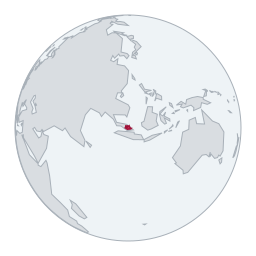 globe centered on Pahang, rotated 326°
{"feature_id": "MYS-1147", "entity_name": "Pahang", "entity_type": "State", "adm_level": 1, "iso_a3": "MYS", "parent_name": "Malaysia", "parent_adm1": "", "projection": "orthographic", "projection_center": [102.483, 3.614], "detail": "medium", "context": "on_globe", "style": "filled", "palette": "rose", "viewbox_px": 256, "rotation_deg": 326, "n_neighbors": 0, "source": "natural_earth", "source_scale": "10m", "svg_char_len": 8732}
<svg xmlns="http://www.w3.org/2000/svg" viewBox="0 0 256 256"><g transform="rotate(326 128 128)"><circle cx="128" cy="128" r="113" fill="#eef3f6" stroke="#a8b0b8"/><path d="M233.7,160.6L233.5,161.4L233.4,161.5L233.7,160.6ZM192.2,35.5L193.5,36.4L191.3,34.8L192.2,35.5ZM186.2,31.6L186.3,31.6L184.1,30.3L183.4,30.0L180.7,28.6L177.4,26.8L175.6,25.9L176.5,26.4L174.4,25.6L173.4,24.9L169.5,23.5L163.4,21.1L171.3,24.0L178.9,27.5L186.2,31.6ZM183.8,30.2L184.7,30.8L184.0,30.4L183.8,30.2ZM179.1,28.0L177.6,27.4L178.6,27.6L179.1,28.0ZM176.4,26.8L172.7,25.8L174.5,26.8L167.5,23.6L172.9,25.4L173.8,25.4L174.6,26.0L176.4,26.8ZM164.2,22.2L162.8,21.8L163.6,21.9L164.2,22.2ZM38.5,59.6L37.9,60.4L34.4,65.3L31.4,72.0L34.5,68.0L35.3,72.0L38.0,72.4L45.2,63.2L40.8,62.4L43.5,57.8L49.9,54.6L54.3,56.0L55.5,54.4L55.7,50.2L59.7,47.6L56.1,48.6L55.3,50.4L53.0,51.3L53.6,49.8L55.0,48.8L54.5,47.9L48.0,53.3L46.5,55.7L43.4,56.3L40.6,60.5L38.7,62.3L42.7,56.0L44.6,53.8L49.4,47.6L47.1,49.8L42.4,56.1L42.5,55.5L39.4,59.2L41.9,55.9L47.6,49.1L54.2,42.9L61.2,37.3L67.0,33.3L67.9,32.8L64.2,35.2L61.8,36.9L63.0,37.1L64.5,36.3L68.1,33.9L68.0,34.5L71.3,32.1L74.1,31.6L73.6,30.5L77.8,28.2L81.8,26.7L83.1,25.9L76.6,28.4L74.2,29.6L72.2,31.0L65.3,34.9L64.0,35.5L70.8,31.0L69.9,31.5L76.2,28.0L89.4,22.8L93.0,22.2L90.1,25.5L86.8,26.6L86.2,25.8L82.8,28.4L85.0,27.2L84.9,27.9L88.9,26.3L89.0,26.8L92.7,24.7L93.3,25.0L91.0,26.3L97.4,24.8L99.8,25.5L101.2,25.0L102.1,24.3L104.5,25.9L105.4,25.5L105.0,24.8L106.6,23.6L110.3,22.2L111.0,22.8L109.7,23.4L108.0,25.8L104.6,27.5L105.2,27.6L108.4,26.3L110.4,23.4L112.5,22.4L112.0,23.7L112.3,23.1L113.6,22.9L115.4,23.3L116.1,22.0L128.8,19.7L133.6,20.7L131.7,21.8L141.2,22.0L145.9,23.9L145.4,23.1L149.7,23.2L148.3,22.6L148.4,22.2L158.8,23.1L161.7,24.1L165.7,24.3L165.5,24.0L163.5,23.2L167.5,23.6L174.5,26.8L174.6,27.2L179.0,29.2L178.6,30.2L180.3,32.1L177.5,32.5L179.1,34.3L180.6,34.9L183.9,38.1L185.6,43.2L177.6,36.3L173.8,29.8L174.8,32.0L172.6,30.8L171.7,31.3L172.5,33.1L173.9,33.7L165.0,34.4L163.1,39.7L168.0,40.1L171.3,42.5L173.4,50.7L164.7,61.1L168.9,65.8L169.3,68.6L165.8,69.9L165.2,65.7L161.5,63.8L161.7,61.5L155.9,62.6L155.9,59.4L151.4,62.2L153.3,65.1L158.4,64.9L154.5,69.2L159.9,74.6L160.6,80.7L152.1,90.8L143.1,93.5L142.6,95.5L139.0,93.0L134.3,96.7L141.1,108.8L140.9,112.2L133.2,118.2L133.0,115.6L123.4,108.8L121.7,116.9L128.9,124.2L131.4,132.6L125.9,129.7L123.3,122.4L119.9,119.8L120.8,112.6L118.0,102.0L112.4,103.7L112.8,99.5L108.1,90.9L100.0,93.2L87.1,103.5L85.4,114.2L81.0,118.8L75.6,103.0L75.8,92.8L72.2,93.6L68.0,84.9L56.1,83.7L55.9,81.1L53.3,82.1L50.7,79.4L50.9,75.3L48.6,75.4L48.4,86.3L51.0,86.4L55.3,82.4L54.6,86.4L57.4,90.2L49.1,99.3L33.8,107.0L34.8,99.0L35.9,77.5L37.3,75.3L37.4,75.0L37.6,74.5L35.1,78.1L36.2,74.1L32.9,88.6L31.3,95.0L33.5,107.4L32.7,108.6L34.2,111.3L41.9,108.9L41.4,111.6L36.3,123.8L27.7,140.3L30.3,152.3L32.1,162.3L29.9,168.6L33.4,176.5L32.7,179.0L34.8,183.4L36.1,188.0L37.1,192.1L35.3,191.7L32.6,187.6L27.8,179.5L25.1,173.9L21.2,163.7L18.2,153.0L17.9,151.6L16.6,144.8L16.5,144.1L15.6,136.0L15.4,127.8L15.7,119.7L16.6,111.6L18.0,103.6L20.1,95.7L22.7,88.0L25.9,80.5L29.6,73.2L33.8,66.3L38.5,59.6ZM56.4,62.8L60.7,63.8L63.2,57.9L65.0,57.9L65.2,56.1L63.3,57.5L64.3,52.6L67.8,51.4L69.5,49.1L68.1,48.7L61.7,51.9L60.2,58.7L57.3,60.8L56.4,62.8ZM39.4,58.6L39.3,58.9L39.6,58.7L37.7,61.2L39.4,58.6ZM42.3,54.9L40.8,56.7L42.3,54.9ZM45.5,51.3L45.8,51.0L44.0,52.9L45.5,51.3ZM64.7,34.9L65.2,34.7L64.4,35.2L63.1,36.1L64.7,34.9ZM102.4,18.7L103.4,18.3L104.1,18.2L107.8,17.4L108.6,17.4L106.7,17.9L102.4,18.7ZM43.2,64.6L41.1,66.3L41.3,65.3L42.0,64.9L43.2,64.6ZM38.3,63.5L38.4,64.9L37.7,64.2L38.3,63.5ZM103.9,18.5L105.3,18.1L104.8,18.4L103.9,18.5ZM109.4,17.4L109.2,17.6L109.1,17.3L109.4,17.4ZM86.9,216.3L89.2,217.6L87.6,217.6L86.9,216.3ZM42.3,161.7L43.9,179.1L41.0,178.9L38.3,173.6L36.2,163.0L39.0,160.3L39.7,155.6L42.3,161.7ZM159.5,153.4L162.8,154.1L162.7,154.6L159.5,153.4ZM156.1,151.3L159.9,151.7L155.4,152.4L156.1,151.3ZM161.4,151.9L165.2,151.2L166.9,150.4L166.6,151.5L161.4,151.9ZM153.5,151.2L139.3,150.2L133.6,148.5L135.0,146.6L144.1,147.6L153.5,151.2ZM134.5,146.5L125.9,140.6L114.0,124.3L118.2,124.8L130.7,134.9L129.9,136.5L135.1,141.1L134.5,146.5ZM155.4,137.8L154.5,142.7L146.7,141.8L143.2,140.8L140.7,134.2L142.1,131.1L145.0,131.4L156.3,121.3L160.2,124.2L156.8,128.5L160.0,133.0L155.4,137.8ZM85.8,115.3L88.2,121.9L85.8,122.9L85.8,115.3ZM160.8,114.1L156.3,118.4L160.3,112.5L160.8,114.1ZM163.1,108.4L163.4,110.8L161.6,108.4L163.1,108.4ZM142.6,98.7L139.5,99.0L139.4,97.4L143.3,96.0L142.6,98.7ZM161.2,86.0L161.3,90.7L160.7,92.2L159.3,89.3L161.2,86.0ZM112.9,20.2L106.8,21.2L103.0,22.3L101.7,23.5L101.0,22.5L106.8,20.6L112.9,20.2ZM126.7,19.6L127.9,18.8L129.1,19.1L129.0,19.4L126.7,19.6ZM126.2,19.1L124.3,18.3L126.0,18.0L127.2,18.6L126.2,19.1ZM113.9,17.8L112.0,18.0L112.4,17.7L113.9,17.8ZM207.7,203.6L207.8,204.5L204.6,207.6L200.7,210.6L198.2,211.3L207.7,203.6ZM184.3,209.2L185.4,205.3L189.1,205.3L186.5,208.6L184.3,209.2ZM210.3,201.3L213.2,198.0L215.6,193.5L213.7,197.6L214.5,198.1L208.3,204.3L210.3,201.3ZM174.3,192.0L152.7,198.2L148.2,196.9L150.0,193.8L147.0,183.7L148.6,184.0L148.3,177.4L161.4,172.2L171.0,162.0L177.6,163.1L183.1,155.7L189.7,156.9L187.3,162.8L193.7,167.5L199.2,154.2L201.9,169.4L205.7,175.2L205.3,184.9L194.0,200.1L188.6,202.8L188.1,201.2L185.7,202.6L182.8,201.6L182.3,196.2L179.9,197.7L182.7,193.9L179.0,197.2L178.0,193.7L174.3,192.0ZM221.0,169.8L221.6,170.4L222.3,173.2L221.3,172.5L221.0,169.8ZM231.9,163.3L231.9,164.6L231.3,164.8L231.9,163.3ZM233.4,161.5L232.8,161.8L233.7,160.6L233.4,161.5ZM226.0,161.7L226.2,162.7L225.9,163.0L226.0,161.7ZM225.7,161.3L226.3,159.9L226.1,161.4L225.7,161.3ZM223.0,152.7L223.6,152.0L223.7,152.6L223.0,152.7ZM167.7,154.5L172.4,150.9L174.8,150.8L167.7,154.5ZM222.5,150.9L221.3,150.6L221.5,149.9L222.5,150.9ZM222.7,149.1L222.6,148.0L223.2,150.7L222.7,149.1ZM220.5,146.3L221.9,148.5L220.3,146.5L220.5,146.3ZM219.6,146.4L218.5,145.4L218.6,145.1L219.6,146.4ZM206.4,146.2L210.6,153.3L207.0,152.7L203.1,148.1L199.7,151.6L192.1,150.2L194.0,148.0L193.0,144.3L185.0,142.2L183.4,139.7L186.3,138.4L180.9,136.1L186.9,135.6L189.2,140.5L192.5,137.2L198.1,138.6L203.3,140.8L207.4,144.9L206.4,146.2ZM186.7,146.0L187.7,146.1L186.8,147.5L186.7,146.0ZM216.4,142.4L218.0,145.0L217.8,145.6L217.0,145.1L216.4,142.4ZM208.4,144.2L212.9,140.8L213.9,141.0L210.9,145.1L208.4,144.2ZM211.8,138.1L213.8,138.9L214.8,141.3L214.4,141.9L211.8,138.1ZM174.7,140.6L174.4,141.9L172.9,140.7L174.7,140.6ZM176.7,140.0L181.4,141.8L176.3,141.1L176.7,140.0ZM162.2,134.3L163.6,137.5L168.1,135.8L164.7,138.4L167.7,143.8L166.6,145.7L163.7,139.9L162.5,145.6L160.6,145.3L159.5,140.3L161.6,134.5L163.6,132.2L171.6,131.8L162.2,134.3ZM176.7,136.2L175.4,132.5L176.4,130.1L177.7,132.1L176.7,136.2ZM171.6,123.6L168.2,119.2L165.2,120.6L171.2,115.4L173.6,120.4L171.6,123.6ZM168.6,114.4L165.8,115.6L168.7,112.6L168.6,114.4ZM165.0,114.2L164.6,111.4L166.9,111.9L165.0,114.2ZM170.1,114.7L170.5,110.0L171.7,112.9L170.1,114.7ZM163.4,105.1L168.5,110.0L162.1,107.6L161.4,98.7L164.1,98.7L163.4,105.1ZM176.2,72.4L175.3,70.1L177.6,69.9L177.6,71.5L176.2,72.4ZM184.4,67.9L178.0,69.1L172.6,70.5L174.5,71.7L173.6,75.4L170.6,71.6L174.1,67.8L178.2,67.5L178.4,64.5L181.2,62.9L180.0,59.2L181.1,57.8L183.4,61.2L184.4,67.9ZM179.3,57.6L178.2,51.6L182.7,53.1L184.0,54.7L182.6,56.8L180.3,55.8L179.3,57.6ZM179.2,50.7L177.0,49.8L170.5,41.2L170.3,39.8L177.6,46.6L175.9,46.3L176.7,48.3L179.2,50.7ZM163.4,22.2L162.9,21.9L164.1,22.3L163.4,22.2ZM147.6,21.9L148.0,21.5L149.4,21.9L147.6,21.9ZM149.8,20.9L147.9,20.6L149.6,20.6L149.8,20.9ZM143.7,20.4L147.0,20.4L144.2,20.8L143.7,20.4Z" fill="#d9dde1" stroke="#a8b0b8" stroke-width="1"/><path d="M129.9,126.9L129.8,127.0L129.9,127.3L129.8,127.6L129.7,127.7L129.7,127.8L129.8,128.0L130.0,128.2L129.9,128.4L129.9,128.5L129.9,128.8L129.9,129.3L129.9,129.5L130.3,129.9L130.2,129.9L130.2,130.0L130.3,130.2L130.2,130.3L129.9,130.1L129.7,130.0L129.3,130.1L129.0,130.0L128.7,129.6L128.4,129.5L128.4,129.4L128.0,129.1L127.8,129.0L127.6,128.9L127.3,128.8L127.2,128.9L127.0,128.7L126.9,128.6L126.7,128.6L126.6,128.4L126.6,128.2L126.6,127.9L126.4,127.8L126.3,127.7L126.2,127.4L126.2,127.2L126.1,126.8L126.0,126.7L125.9,126.6L126.0,126.5L125.8,126.4L125.8,126.2L126.0,126.1L126.3,126.1L126.5,126.0L126.6,125.8L126.7,125.7L126.7,125.8L126.8,125.9L126.9,126.0L126.9,125.9L127.0,125.8L127.0,125.7L127.0,125.8L127.1,125.7L127.1,125.8L127.3,125.7L127.3,125.8L127.5,126.0L127.6,125.9L127.7,126.0L127.8,125.9L128.0,125.9L128.3,125.7L128.4,125.8L128.5,125.9L128.8,126.0L128.7,126.2L128.7,126.3L128.8,126.3L129.0,126.3L129.0,126.6L128.9,126.6L128.9,126.9L128.8,127.0L129.0,127.0L129.4,127.2L129.5,127.2L129.6,127.3L129.6,127.5L129.6,127.4L129.6,127.2L129.6,126.9L129.9,126.9Z" fill="#f43f5e" stroke="#9f1239" stroke-width="1.5"/></g></svg>